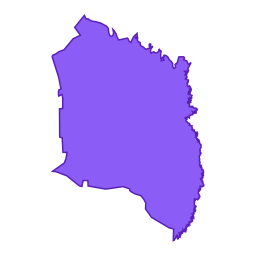 outline of La Libertad, Chiapas, Mexico
{"feature_id": "50627088B29300823202402", "entity_name": "La Libertad", "entity_type": "district", "adm_level": 2, "iso_a3": "MEX", "parent_name": "Mexico", "parent_adm1": "Chiapas", "projection": "equal_earth", "projection_center": [-91.682, 17.601], "detail": "fine", "context": "isolated", "style": "filled", "palette": "violet", "viewbox_px": 256, "rotation_deg": 0, "n_neighbors": 0, "source": "geoboundaries", "source_scale": "gbopen_adm2", "svg_char_len": 5917}
<svg xmlns="http://www.w3.org/2000/svg" viewBox="0 0 256 256"><path d="M173.3,240.6L174.2,240.2L174.5,239.2L175.4,238.5L176.0,236.7L176.7,236.7L176.5,235.7L176.7,235.2L177.1,235.4L177.0,235.9L177.6,237.3L177.4,238.4L177.7,238.9L178.3,238.6L178.0,236.7L178.8,237.4L179.6,236.8L180.1,237.1L180.4,235.7L180.3,235.3L179.5,235.3L179.7,234.1L179.3,233.2L180.1,233.7L180.5,234.9L180.9,234.7L180.9,234.0L180.3,232.7L181.4,231.8L181.9,233.1L182.4,233.2L183.0,229.8L183.6,231.4L184.0,231.7L184.5,231.4L184.6,230.2L185.2,231.2L185.0,231.6L185.6,231.8L186.1,230.3L185.7,229.8L186.2,229.3L185.6,228.9L185.7,228.3L185.9,227.5L186.4,227.9L187.1,226.6L186.8,225.3L187.8,226.0L188.9,225.9L188.8,224.7L187.9,224.7L188.6,223.9L189.5,224.3L189.0,223.4L189.2,221.9L189.6,221.9L190.1,222.7L191.1,221.2L191.7,221.8L192.4,221.1L192.5,219.7L191.8,218.9L191.4,219.5L191.1,219.0L192.0,218.2L191.4,218.1L190.8,217.5L191.4,216.8L192.6,216.6L193.2,218.2L193.7,218.4L193.6,216.1L193.4,215.8L192.7,215.9L192.9,214.7L192.2,214.1L193.8,214.1L194.0,213.4L193.4,213.4L193.4,212.2L194.0,211.5L194.8,211.6L195.0,210.6L195.3,211.1L195.6,210.5L195.6,210.2L194.8,210.2L194.9,209.4L194.0,209.8L193.8,209.5L194.4,208.2L195.1,208.2L195.1,207.8L194.5,207.2L194.9,206.7L195.5,207.4L196.0,206.6L195.8,206.0L194.5,205.3L194.3,204.7L194.5,202.8L194.3,200.9L194.5,200.5L195.1,200.5L194.4,199.2L194.8,198.9L195.4,199.3L197.1,199.1L197.4,199.6L197.7,199.2L198.1,199.3L198.5,198.2L199.0,198.2L199.0,197.3L199.8,196.9L199.8,196.2L198.3,193.0L198.3,192.0L199.3,191.1L198.5,190.1L198.6,189.5L199.1,189.2L199.9,190.2L200.7,189.0L199.9,187.2L200.2,186.0L200.8,186.0L201.8,186.9L202.7,186.4L203.1,185.7L203.6,185.9L203.8,184.7L203.2,183.8L202.9,182.5L202.1,181.9L202.7,181.6L202.4,180.4L201.8,179.7L201.1,179.8L200.9,179.5L201.8,178.8L200.9,179.0L200.7,178.7L201.9,178.5L202.9,177.7L202.7,177.4L201.9,177.4L202.5,176.3L202.1,175.5L202.2,175.0L203.2,175.9L203.5,175.7L202.9,173.7L202.3,173.8L202.1,174.8L201.5,174.0L202.2,172.8L203.4,173.0L203.5,171.0L202.9,169.8L201.6,169.7L201.5,169.1L201.9,168.3L201.8,167.7L201.2,167.3L201.4,165.8L201.2,165.6L200.9,166.8L200.4,166.9L199.9,165.9L200.2,165.2L199.5,164.6L200.1,162.0L199.3,161.1L199.7,159.5L199.2,157.4L199.4,156.0L199.9,155.6L199.9,154.3L201.0,153.6L200.7,152.6L199.8,152.0L200.3,150.7L199.8,149.5L200.7,148.1L201.1,146.5L200.9,144.4L199.8,143.8L199.3,141.4L198.8,142.1L198.1,142.1L198.2,141.4L198.8,140.4L198.7,139.9L197.6,138.9L197.2,139.8L196.8,139.3L197.0,138.3L196.4,137.9L196.1,137.1L195.6,137.0L196.3,136.3L197.4,135.9L197.0,135.1L196.2,135.7L195.8,135.6L195.7,135.1L196.0,134.1L197.4,134.2L197.7,133.9L197.2,133.0L197.2,132.2L196.2,132.5L196.2,133.5L195.3,133.5L195.5,132.2L194.2,131.5L194.3,130.2L193.2,130.5L192.9,129.5L192.0,129.9L191.8,129.7L192.4,128.2L191.9,126.9L192.0,125.8L191.4,126.0L190.8,125.8L190.1,124.9L189.4,125.1L189.7,123.8L189.5,123.5L187.9,122.9L187.2,121.8L186.0,121.2L186.0,119.4L186.9,119.4L187.0,118.8L186.6,119.0L185.9,118.0L185.3,118.3L185.1,118.1L185.4,117.6L187.1,117.3L187.7,116.8L189.4,118.0L189.3,115.4L190.1,115.5L190.9,115.0L192.4,114.8L192.6,114.7L192.4,114.0L193.3,113.7L192.4,111.6L193.4,112.1L194.0,111.9L193.7,112.6L194.0,113.3L194.4,113.2L195.1,112.2L195.4,113.0L195.9,113.2L196.2,111.9L195.5,110.5L196.7,110.4L197.3,109.7L197.1,109.0L195.8,108.1L193.9,108.1L192.6,106.3L192.3,106.4L192.4,107.2L191.8,107.2L191.2,106.4L190.2,106.5L189.9,106.1L189.6,106.8L189.3,106.7L189.3,106.1L189.6,105.7L189.5,104.7L188.8,103.5L187.7,103.1L187.5,102.4L187.8,101.9L189.6,103.1L190.7,102.3L190.0,101.2L191.1,100.7L191.0,100.2L189.2,101.2L188.7,101.1L188.9,100.1L188.6,98.9L190.0,99.9L190.9,99.4L191.1,98.6L190.1,98.1L189.8,97.6L191.7,97.8L191.5,96.2L192.0,95.4L189.9,94.6L189.8,94.2L190.2,92.8L190.0,92.5L188.6,94.5L188.2,94.4L188.6,92.8L188.4,92.1L188.7,91.7L189.5,91.9L189.6,91.5L189.5,89.3L190.3,90.0L190.1,91.0L190.4,91.6L191.0,90.7L191.2,89.7L191.0,88.4L189.6,86.0L189.3,85.8L188.3,86.6L187.6,86.3L187.3,84.9L187.7,84.0L187.0,83.1L188.2,82.0L188.3,80.0L187.1,79.8L185.3,78.7L185.6,78.2L186.7,78.0L187.0,76.8L186.4,75.6L186.5,74.7L185.5,75.3L185.1,75.1L185.8,73.4L186.5,74.2L187.0,73.9L187.2,72.3L185.5,72.2L184.6,71.3L186.5,71.1L188.0,71.9L188.5,70.5L187.8,68.2L188.8,66.9L190.8,63.1L190.4,62.9L189.4,64.0L188.3,64.3L186.8,60.9L183.7,59.8L184.5,58.1L183.7,56.8L179.1,56.8L178.7,57.2L177.9,60.6L176.6,63.9L175.9,63.7L175.1,64.6L175.6,67.3L174.3,68.4L173.7,68.3L172.6,66.1L172.7,63.6L171.3,61.4L169.2,59.8L167.9,57.0L165.9,55.5L164.0,55.2L163.8,55.5L164.0,56.7L163.8,57.1L162.8,57.1L162.4,57.5L163.4,58.8L163.9,60.2L161.2,60.7L161.8,59.0L161.7,58.6L160.8,58.4L160.7,57.8L160.7,53.7L161.2,51.5L160.9,50.8L160.0,50.4L159.3,49.3L158.9,49.5L158.9,51.4L156.6,52.8L155.6,52.9L153.7,51.8L150.9,53.2L150.6,52.8L150.6,51.6L150.8,48.9L152.5,46.9L152.5,46.5L152.2,46.4L150.6,47.4L150.0,47.1L150.0,46.5L150.8,44.8L150.6,44.0L149.4,44.0L149.2,44.8L149.6,48.4L147.5,48.6L146.0,49.5L143.2,47.0L140.6,45.6L140.1,42.5L139.7,42.1L138.5,42.2L137.4,40.2L137.6,38.0L136.5,38.6L135.4,37.7L135.5,37.3L136.2,37.4L137.2,36.7L137.0,33.4L133.5,36.9L131.4,41.2L131.0,42.5L129.4,41.5L128.6,40.4L128.0,38.7L127.4,38.1L118.5,40.0L116.5,35.5L116.2,34.1L113.8,30.3L112.9,29.4L113.5,32.1L113.3,34.8L111.6,36.4L110.4,35.9L109.7,35.3L109.0,33.6L108.2,28.3L106.6,26.3L100.9,23.1L95.4,21.6L92.7,21.3L89.8,20.2L88.0,18.8L86.2,19.1L84.4,15.4L74.7,27.4L80.4,35.3L73.2,38.7L64.0,49.8L58.9,51.7L55.6,54.1L53.3,54.9L52.5,55.7L52.2,56.9L58.6,77.0L61.0,89.0L58.9,89.9L58.5,91.0L58.5,94.7L58.8,96.1L62.0,94.4L62.8,98.3L62.7,108.5L59.5,108.8L59.7,137.1L62.2,137.9L63.0,152.4L67.1,152.4L66.0,158.6L64.3,163.0L52.7,171.2L56.4,171.8L66.8,175.8L79.4,185.9L81.9,186.5L83.1,180.5L87.9,180.6L88.1,186.0L105.1,189.0L106.6,189.0L122.9,186.6L129.6,188.8L129.8,190.6L131.6,192.0L135.1,193.9L140.8,195.6L143.8,199.3L145.8,203.0L145.5,208.9L151.5,217.3L169.1,227.8L173.6,229.0L173.3,240.6Z" fill="#8b5cf6" stroke="#5b21b6" stroke-width="1.5"/></svg>